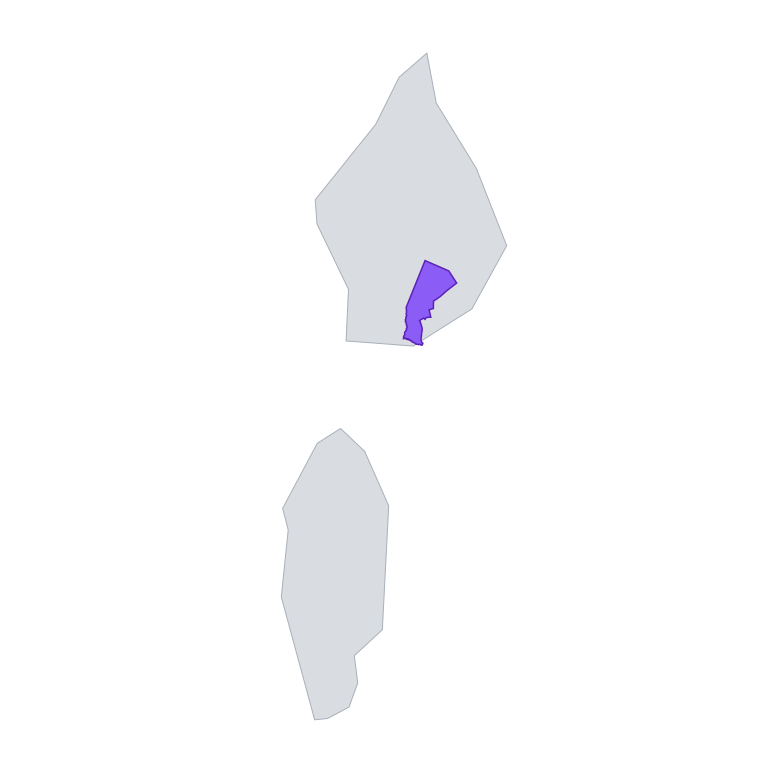 location of Faasaleleaga II, Fa'asaleleaga, Samoa, rotated 75°
{"feature_id": "51752279B41947218323139", "entity_name": "Faasaleleaga II", "entity_type": "district", "adm_level": 2, "iso_a3": "WSM", "parent_name": "Samoa", "parent_adm1": "Fa'asaleleaga", "projection": "robinson", "projection_center": [-172.209, -13.636], "detail": "fine", "context": "in_parent", "style": "filled", "palette": "violet", "viewbox_px": 768, "rotation_deg": 75, "n_neighbors": 0, "source": "geoboundaries", "source_scale": "gbopen_adm2", "svg_char_len": 3219}
<svg xmlns="http://www.w3.org/2000/svg" viewBox="0 0 768 768"><g transform="rotate(75 384 384)"><path d="M282.2,229.7L334.2,279.7L354.9,346.0L332.6,409.5L283.4,393.8L212.1,407.3L188.3,402.8L131.1,324.9L91.5,289.9L75.5,257.0L126.1,260.8L199.8,239.0L282.2,229.7ZM690.4,537.9L563.1,538.3L500.2,514.3L477.9,514.1L424.0,463.8L415.7,437.5L444.1,420.1L502.9,411.0L620.9,449.2L638.7,483.0L665.9,486.7L687.0,501.4L692.5,525.1L690.4,537.9Z" fill="#d9dde1" stroke="#a8b0b8" stroke-width="1"/><path d="M344.6,353.2L344.6,352.9L344.6,352.7L344.8,352.4L344.8,352.9L344.9,353.1L345.1,353.2L345.0,352.9L345.0,352.7L345.3,352.4L345.4,352.2L345.4,351.8L345.6,351.5L345.7,351.4L345.6,351.2L345.8,351.1L345.7,351.0L345.3,351.2L345.6,350.9L345.8,350.9L346.1,351.0L346.3,350.7L346.5,350.7L346.5,350.0L346.8,350.3L347.0,350.0L347.0,349.8L347.2,349.4L347.2,349.0L347.2,348.9L347.1,348.7L347.2,348.4L347.3,348.2L347.6,348.0L347.8,348.3L348.1,348.3L348.1,348.2L348.3,348.0L348.3,347.7L348.5,347.3L348.6,347.2L349.1,346.9L349.2,346.6L349.4,346.3L349.6,346.3L349.7,346.5L349.8,346.4L349.8,346.2L350.1,346.1L350.4,346.0L350.6,345.9L350.8,345.8L351.0,345.6L351.2,345.3L351.2,345.1L351.3,344.7L351.5,344.4L351.8,344.4L352.0,344.3L352.1,344.0L352.3,343.9L352.4,343.7L352.6,343.6L352.8,343.5L353.1,343.3L353.2,343.1L353.3,343.0L353.5,342.7L353.7,342.8L353.8,342.7L353.7,342.5L354.0,342.2L354.1,341.9L354.1,341.7L354.4,341.1L354.5,340.9L354.9,340.6L354.8,340.3L354.8,339.7L354.9,339.4L355.0,339.1L355.2,338.9L355.3,338.5L355.5,338.3L355.8,338.3L356.1,338.1L356.1,337.9L356.2,337.4L356.2,337.1L355.7,336.6L355.5,336.3L354.9,336.0L354.4,336.0L354.3,336.3L354.2,336.4L353.1,336.8L352.6,336.8L351.2,336.9L350.3,336.6L347.6,335.6L346.5,335.1L345.5,334.8L343.8,334.2L343.3,333.8L341.7,333.1L339.7,332.7L337.3,332.8L337.1,332.7L336.8,332.9L336.6,332.9L335.5,332.7L335.2,332.7L334.9,332.7L334.3,333.0L333.8,333.0L333.2,332.8L332.8,332.9L331.8,333.2L331.7,332.7L331.4,331.8L331.2,331.0L331.1,330.4L330.7,328.8L330.6,328.4L331.2,328.2L331.4,328.0L331.8,327.9L332.2,327.6L331.4,326.8L330.9,325.9L330.8,325.0L331.6,321.5L324.0,321.2L323.9,319.2L323.9,316.8L316.7,314.7L315.8,311.8L314.0,306.9L310.3,299.6L305.3,287.7L291.6,292.1L278.6,308.4L275.4,312.4L315.8,342.8L316.1,342.9L316.6,342.9L316.8,342.8L317.1,342.8L317.5,343.1L318.2,343.1L318.4,343.0L318.7,343.1L318.9,343.3L319.1,343.3L319.4,343.5L319.7,343.6L320.2,343.6L320.5,343.7L320.8,343.9L321.2,344.0L321.6,344.1L322.0,344.4L322.5,344.6L322.8,344.6L323.1,344.3L323.4,344.2L323.7,344.4L323.9,344.6L324.1,344.6L324.3,344.7L324.5,344.8L324.8,345.1L324.9,345.4L325.1,345.6L325.4,345.6L326.2,345.8L326.5,346.0L326.8,346.2L327.1,346.5L327.6,346.8L327.8,346.7L328.0,346.6L328.6,347.0L328.8,347.1L329.2,347.1L329.4,347.1L330.1,346.7L330.5,347.0L330.9,346.9L331.0,346.8L331.3,346.7L332.1,346.9L332.6,346.9L333.1,347.2L333.3,347.2L333.5,346.9L334.7,346.8L335.1,347.1L335.6,347.2L336.0,348.0L336.5,348.0L337.0,348.1L337.5,348.1L337.8,348.3L337.8,348.7L337.9,348.8L338.3,349.1L338.6,349.6L338.9,350.0L339.1,350.4L339.3,350.5L339.9,350.7L340.4,350.9L340.9,351.1L341.6,351.2L341.8,351.3L342.2,351.5L342.7,352.3L342.9,352.6L343.1,352.7L343.9,353.1L344.6,353.2Z" fill="#8b5cf6" stroke="#5b21b6" stroke-width="1.5"/></g></svg>